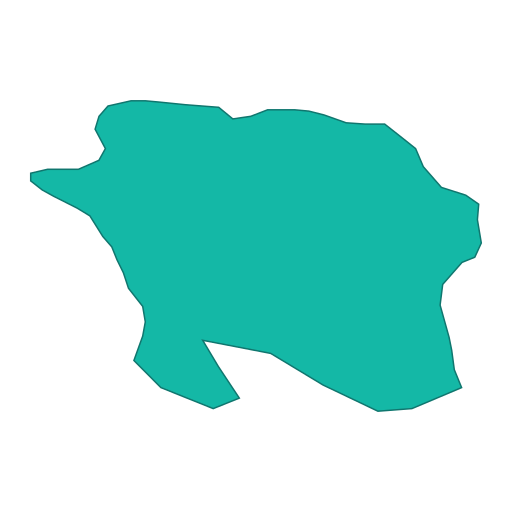 Agios Ermolaos, Cyprus
{"feature_id": "46923920B200198305742", "entity_name": "Agios Ermolaos", "entity_type": "district", "adm_level": 2, "iso_a3": "CYP", "parent_name": "Cyprus", "parent_adm1": "", "projection": "albers", "projection_center": [33.172, 35.267], "detail": "fine", "context": "isolated", "style": "filled", "palette": "teal", "viewbox_px": 512, "rotation_deg": 0, "n_neighbors": 0, "source": "geoboundaries", "source_scale": "gbopen_adm2", "svg_char_len": 888}
<svg xmlns="http://www.w3.org/2000/svg" viewBox="0 0 512 512"><path d="M411.9,408.6L461.6,387.6L454.3,369.7L451.7,350.3L449.1,337.4L440.1,305.1L442.7,284.4L462.0,262.4L474.8,257.2L481.3,243.0L477.4,219.7L478.7,204.2L465.8,195.2L441.4,187.4L423.3,166.7L415.6,148.6L402.7,138.3L384.7,124.1L365.4,124.1L346.1,122.8L324.2,115.0L308.8,111.1L294.6,109.8L281.7,109.8L267.6,109.8L250.8,116.3L232.8,118.9L218.7,107.3L185.2,104.7L159.5,102.1L145.3,100.8L131.1,100.8L108.0,106.0L99.0,116.3L95.1,129.2L105.4,148.6L98.9,160.3L78.4,169.3L60.3,169.3L47.5,169.3L30.7,173.2L30.7,180.9L42.3,190.0L53.9,196.4L77.1,208.1L89.9,215.9L102.8,236.5L111.8,246.9L117.0,259.8L123.4,272.8L128.5,288.3L142.7,306.4L145.3,321.9L142.7,336.1L133.9,360.5L160.9,387.6L213.2,408.6L239.3,398.1L218.4,366.6L202.7,340.3L270.7,353.4L323.0,385.0L377.9,411.2L411.9,408.6Z" fill="#14b8a6" stroke="#0f766e" stroke-width="1.5"/></svg>